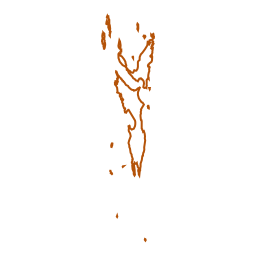 outline of Ko Yao, Phangnga, Thailand
{"feature_id": "78962969B39979274143767", "entity_name": "Ko Yao", "entity_type": "district", "adm_level": 2, "iso_a3": "THA", "parent_name": "Thailand", "parent_adm1": "Phangnga", "projection": "equal_earth", "projection_center": [98.565, 7.992], "detail": "fine", "context": "isolated", "style": "outline", "palette": "amber", "viewbox_px": 256, "rotation_deg": 0, "n_neighbors": 0, "source": "geoboundaries", "source_scale": "gbopen_adm2", "svg_char_len": 5793}
<svg xmlns="http://www.w3.org/2000/svg" viewBox="0 0 256 256"><path d="M117.7,74.8L116.5,71.6L116.1,71.4L116.0,72.2L118.1,77.5L117.8,78.8L117.1,78.6L117.0,78.9L117.9,81.7L117.2,82.8L117.1,84.0L116.5,84.3L116.1,83.8L115.9,82.7L116.5,82.0L116.1,81.7L116.0,81.1L115.4,81.1L115.2,82.3L114.9,82.7L115.1,83.4L114.9,84.0L115.1,84.7L116.0,85.6L117.1,87.7L117.5,91.4L117.1,92.4L117.4,92.7L118.6,92.8L120.1,94.2L120.5,94.0L120.9,95.0L121.1,94.6L121.3,95.0L121.0,95.5L121.1,95.8L119.8,95.3L119.7,96.0L120.9,97.9L121.0,99.2L121.5,99.9L121.9,99.8L122.6,98.8L123.2,99.7L122.7,100.6L122.1,100.9L122.2,102.6L123.2,103.9L122.9,105.0L124.1,108.3L124.5,108.6L125.0,108.4L125.2,108.9L124.6,110.3L125.0,112.4L126.2,112.7L126.9,111.2L128.3,109.8L128.6,109.8L135.0,120.5L135.3,122.0L135.3,124.2L135.0,126.1L133.8,128.7L131.7,129.6L129.9,127.9L128.8,129.0L128.7,130.3L128.9,131.4L130.1,133.4L130.7,136.2L129.1,140.6L128.5,143.0L129.3,145.4L129.3,147.0L130.0,148.6L130.6,152.8L131.6,154.5L131.7,155.9L132.8,159.1L132.7,159.6L132.3,159.7L132.4,161.4L131.9,161.9L131.8,162.7L132.5,164.1L132.2,165.4L132.6,169.3L133.7,171.9L134.5,172.0L134.7,171.4L134.6,169.6L133.8,164.1L134.6,162.7L135.3,163.8L135.9,164.1L135.8,164.6L136.1,163.8L136.8,163.0L137.1,164.7L137.6,165.6L137.7,166.8L138.5,168.0L138.9,169.3L138.2,170.0L138.2,171.1L138.7,172.5L138.8,174.5L139.3,175.4L139.7,171.5L140.2,170.3L140.1,169.2L140.6,166.2L140.6,163.6L141.8,160.0L142.3,156.1L143.0,155.7L142.9,154.9L143.4,152.5L143.7,152.3L144.3,149.8L144.2,147.3L145.2,140.5L144.8,138.2L145.0,136.5L144.7,133.8L143.9,131.2L143.1,131.8L142.9,130.7L142.2,129.8L142.2,129.2L141.7,128.5L141.7,121.4L141.5,120.3L141.1,120.3L140.9,119.9L140.5,116.2L140.5,114.8L140.9,113.7L140.9,112.7L140.7,112.1L141.2,110.1L141.0,109.1L140.5,108.6L141.2,109.0L143.9,104.6L142.6,102.6L141.5,102.2L138.9,98.5L137.9,94.8L138.0,92.1L139.6,88.1L140.3,87.0L138.9,88.0L138.0,88.3L136.0,90.1L134.7,90.4L133.9,90.2L133.8,90.4L133.5,90.0L132.2,89.9L130.9,89.2L128.8,87.3L128.1,86.0L125.9,84.9L124.2,82.1L123.6,81.9L123.1,80.8L122.3,80.6L121.8,79.3L121.1,79.0L120.5,77.8L119.4,77.2L118.9,76.1L117.7,74.8ZM152.5,40.0L152.0,39.6L149.6,40.3L149.4,41.6L150.1,42.5L149.2,44.6L148.4,44.4L148.6,43.4L148.4,42.1L148.1,41.7L147.7,41.7L147.3,45.4L144.9,49.3L142.4,52.7L140.8,54.4L139.7,57.0L139.6,60.0L138.4,61.0L137.9,62.0L137.9,66.9L137.5,68.8L136.4,70.6L135.6,70.7L134.3,70.2L133.2,72.6L132.4,72.8L131.0,72.3L130.3,71.3L128.2,70.0L127.7,70.3L128.8,72.9L132.2,76.5L133.2,78.2L135.0,79.3L135.8,80.4L137.1,80.7L137.9,81.3L139.3,78.7L140.9,78.3L141.4,79.3L142.1,79.2L143.3,80.6L143.8,81.8L144.0,83.6L143.3,87.1L144.3,88.0L145.5,87.7L146.4,88.1L146.4,87.1L146.8,85.6L146.6,84.5L146.7,82.2L146.6,80.3L147.8,78.4L148.2,78.2L148.7,78.8L148.6,77.4L148.2,76.9L148.3,75.0L148.8,72.4L149.3,71.2L149.1,68.9L149.7,67.2L149.3,66.6L148.8,66.9L148.1,66.6L147.9,65.6L148.3,64.5L148.9,64.2L149.3,63.5L151.5,61.8L152.0,60.4L152.2,56.9L151.8,56.7L151.2,57.1L150.9,56.8L150.9,56.2L150.4,56.2L150.4,55.8L151.2,55.1L151.9,55.4L151.8,54.3L152.4,52.8L152.3,51.9L152.8,48.4L151.8,48.9L151.2,48.3L151.8,47.5L151.5,46.9L151.5,46.5L152.2,46.1L152.0,45.8L152.1,45.0L152.6,44.2L153.2,44.5L153.6,43.5L153.0,42.7L152.5,43.0L152.3,42.7L152.4,42.0L152.9,42.1L153.1,41.6L152.7,41.4L152.4,40.6L152.5,40.0ZM118.6,53.7L118.4,54.1L118.5,58.0L119.8,61.7L122.6,65.1L125.4,66.6L126.0,67.4L126.0,67.0L126.3,65.4L125.5,63.0L125.5,62.1L124.9,60.8L123.9,59.1L121.8,56.4L120.0,55.5L118.6,53.7ZM104.4,33.7L103.5,32.8L103.6,33.4L103.1,34.1L103.2,33.3L102.7,33.4L102.3,35.5L102.3,37.0L102.8,38.0L102.3,39.3L102.0,41.3L102.5,42.8L102.5,43.7L103.1,44.1L103.6,45.0L103.4,46.1L103.9,48.0L103.9,49.5L104.7,47.9L105.2,44.8L105.1,43.4L104.4,43.4L104.9,42.7L104.5,41.5L104.7,40.6L104.2,39.6L104.6,36.0L104.0,35.0L104.4,34.5L104.4,33.7ZM119.9,48.6L120.4,48.3L120.6,45.2L120.0,41.5L119.4,40.3L118.4,45.9L118.7,47.3L119.5,48.5L119.9,48.6ZM109.2,23.6L109.1,22.1L108.1,23.0L108.5,26.3L108.2,27.0L109.2,29.9L109.6,30.2L110.0,29.9L110.2,28.9L109.8,25.3L109.2,23.6ZM153.3,33.9L152.5,34.6L152.0,36.3L152.1,36.9L153.5,38.3L153.8,38.1L154.0,36.7L153.9,36.2L153.2,35.4L153.5,34.2L153.3,33.9ZM138.0,30.2L138.3,28.5L138.2,24.5L137.5,23.7L137.2,24.6L137.7,26.8L137.3,29.0L138.0,30.2ZM145.0,35.7L143.8,35.6L143.5,36.4L143.9,36.6L144.5,38.0L145.2,37.1L145.4,36.3L145.0,35.7ZM107.3,16.0L106.8,17.2L107.1,17.6L108.0,17.3L108.9,20.5L109.3,21.0L109.3,19.8L108.9,19.3L108.3,16.9L107.7,17.1L107.3,16.0ZM111.6,147.0L112.2,145.4L112.5,142.7L111.6,144.0L111.2,145.4L111.3,146.9L111.6,147.0ZM107.6,22.6L106.9,21.1L106.8,21.6L106.6,21.6L106.3,23.4L106.3,23.9L106.8,24.2L107.1,24.2L107.6,23.5L107.2,23.3L107.6,22.6ZM134.8,172.9L134.6,172.5L133.7,173.2L133.8,174.3L134.5,175.5L135.0,174.7L134.8,174.2L134.8,172.9ZM148.9,107.8L148.4,105.8L148.0,105.8L147.7,106.4L148.0,106.9L148.0,107.9L148.8,108.4L148.9,107.8ZM129.5,125.7L128.5,126.2L128.7,127.1L129.6,126.8L129.8,126.2L129.5,125.7ZM110.1,33.5L110.6,31.5L110.0,31.1L109.7,33.0L110.1,33.5ZM145.4,240.6L145.7,240.1L145.4,239.2L145.0,239.0L144.8,239.8L145.4,240.6ZM127.2,70.2L127.6,69.2L127.4,68.8L126.7,69.5L126.8,70.0L127.2,70.2ZM133.1,58.1L133.1,56.9L132.7,56.0L132.6,57.3L133.1,58.1ZM151.7,36.3L151.6,35.0L151.2,34.6L151.2,35.9L151.7,36.3ZM111.9,174.1L112.1,173.9L111.9,173.2L111.4,172.8L110.9,173.2L111.9,174.1ZM121.3,50.6L121.3,49.6L120.6,49.7L121.0,50.4L121.3,50.6ZM120.6,53.2L120.7,52.4L120.2,52.2L120.1,52.9L120.6,53.2ZM149.8,88.0L149.2,88.0L149.7,89.3L149.8,89.1L149.6,88.7L149.8,88.0ZM117.1,217.0L117.3,216.6L117.1,215.8L116.8,216.6L117.1,217.0ZM122.8,166.9L123.6,166.2L122.9,166.3L122.7,166.7L122.8,166.9ZM108.3,16.8L108.4,16.1L108.2,15.4L108.1,16.3L108.3,16.8ZM109.9,36.0L109.9,35.4L109.5,35.3L109.5,35.5L109.9,36.0ZM110.8,171.7L110.5,170.8L110.3,170.8L110.3,171.4L110.8,171.7Z" fill="none" stroke="#b45309" stroke-width="2"/></svg>